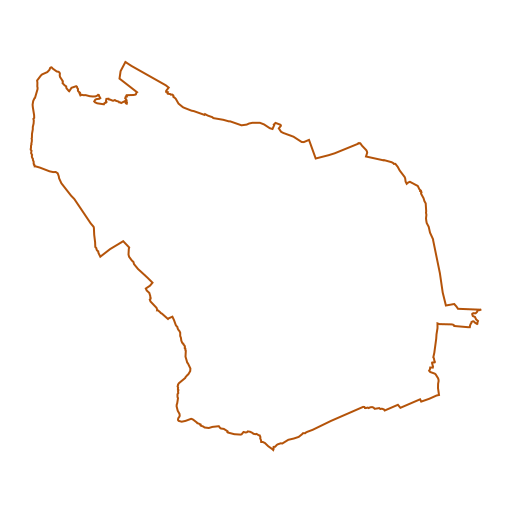 Mironeasa, Iasi, Romania
{"feature_id": "2599482B12728862677042", "entity_name": "Mironeasa", "entity_type": "district", "adm_level": 2, "iso_a3": "ROU", "parent_name": "Romania", "parent_adm1": "Iasi", "projection": "robinson", "projection_center": [27.412, 46.987], "detail": "fine", "context": "isolated", "style": "outline", "palette": "amber", "viewbox_px": 512, "rotation_deg": 0, "n_neighbors": 0, "source": "geoboundaries", "source_scale": "gbopen_adm2", "svg_char_len": 5919}
<svg xmlns="http://www.w3.org/2000/svg" viewBox="0 0 512 512"><path d="M331.0,420.9L363.1,406.9L364.4,407.0L365.0,407.7L365.0,408.0L365.6,408.1L367.8,407.6L368.7,408.1L370.2,407.3L372.1,407.1L373.5,407.6L374.7,408.8L379.3,408.1L380.3,409.0L381.9,408.7L383.9,409.4L384.7,410.5L397.9,404.8L400.4,407.8L420.1,399.3L421.2,401.6L429.2,398.8L436.6,395.5L439.0,395.0L438.0,388.1L438.1,383.8L438.6,381.0L438.5,379.7L438.1,378.3L435.6,374.3L434.7,373.6L430.2,372.0L429.1,370.7L429.9,369.4L430.2,367.5L432.8,367.6L433.0,366.6L432.0,362.9L432.2,362.5L434.6,362.4L434.9,362.0L434.3,360.5L433.9,358.3L433.3,357.3L434.3,352.8L436.2,338.8L436.5,334.4L437.5,328.1L437.5,323.4L439.3,324.1L451.8,324.4L453.3,324.8L454.3,325.6L454.3,326.0L468.1,327.2L469.8,327.2L470.1,325.3L470.7,323.9L471.3,323.1L471.5,322.0L472.9,321.3L473.6,321.3L475.0,322.7L477.1,324.0L477.4,323.8L477.4,322.7L478.0,321.0L476.1,319.4L475.0,317.0L472.8,316.0L472.2,314.2L472.3,313.7L473.3,313.2L475.6,313.3L476.9,312.1L477.7,310.4L479.8,310.1L481.3,309.4L480.4,309.7L458.0,308.8L456.5,306.6L454.2,304.0L445.9,305.5L442.7,292.5L439.9,273.3L433.1,240.1L433.1,239.4L430.0,232.6L428.7,226.8L426.7,223.0L426.3,220.8L426.0,218.4L426.4,214.9L426.0,212.7L426.2,211.3L425.7,203.4L424.4,201.1L423.6,198.3L421.2,193.9L421.0,193.0L421.5,192.4L421.2,191.5L420.1,191.1L420.1,190.6L420.5,190.3L419.4,189.3L417.8,186.0L409.9,181.8L408.2,182.5L406.7,183.8L405.6,181.6L405.2,178.5L404.7,177.1L399.7,170.5L397.7,166.8L395.4,163.9L393.8,163.9L393.4,163.2L391.6,162.2L384.0,160.1L383.8,160.4L366.0,156.5L367.2,152.7L366.9,151.4L366.3,150.2L362.0,145.7L360.3,143.3L359.5,143.4L359.0,143.0L358.1,143.4L358.0,143.8L334.7,153.3L328.6,155.2L315.7,158.5L309.0,139.9L303.8,142.1L301.7,142.0L293.5,136.7L283.4,133.0L281.1,131.8L278.8,128.4L280.9,125.8L280.8,125.2L280.3,124.7L275.5,122.9L273.9,124.5L274.3,124.9L272.5,129.0L269.8,128.2L264.0,124.4L259.9,122.8L252.4,122.8L249.1,123.5L246.7,124.6L241.5,125.3L230.0,121.3L229.0,121.4L223.3,119.8L213.3,118.1L212.4,117.2L207.8,115.6L205.0,114.1L204.5,114.9L193.8,111.1L191.6,110.7L184.2,107.8L182.9,107.2L178.5,103.6L175.7,98.7L174.5,97.6L173.5,97.1L173.3,96.5L173.5,96.1L173.2,95.3L172.0,94.5L170.9,94.7L170.3,94.1L167.7,93.7L167.4,93.1L167.8,92.2L166.1,91.8L166.2,90.8L168.7,87.6L165.8,85.3L131.4,65.9L125.4,62.0L120.6,71.1L119.5,78.6L137.0,92.2L136.4,92.7L135.9,94.3L135.5,94.6L133.5,95.0L126.6,95.2L126.3,95.7L126.8,96.6L125.6,97.0L125.2,98.3L126.3,99.5L126.1,100.2L126.6,100.8L126.4,101.1L127.0,102.7L126.7,103.7L125.9,103.3L124.7,101.2L121.2,103.0L120.0,102.3L119.2,102.4L118.6,101.6L115.9,100.8L115.2,100.2L114.6,100.1L113.5,100.7L112.7,100.7L110.1,99.6L109.0,99.5L108.6,98.7L106.4,98.9L105.9,101.2L106.4,101.6L106.5,102.1L105.7,102.8L104.5,103.1L103.9,104.3L97.2,103.3L95.0,102.3L94.2,101.4L95.3,99.7L96.5,99.1L99.3,98.8L100.3,98.1L99.0,95.9L98.9,95.1L98.1,94.8L97.3,95.6L95.5,96.4L92.8,96.5L89.7,96.2L85.6,95.1L83.7,95.2L81.8,94.8L80.4,95.4L79.5,93.3L80.1,93.0L79.9,92.6L78.3,91.4L77.9,90.6L78.0,89.0L77.4,88.3L76.9,86.7L76.2,86.2L71.5,87.8L69.2,91.3L69.0,91.2L66.6,88.4L66.3,87.8L66.2,86.4L64.6,85.3L62.6,83.2L62.8,82.6L62.6,81.5L62.8,81.2L60.0,76.9L59.7,75.2L59.9,73.7L59.5,72.6L58.6,71.8L56.8,71.5L56.2,71.1L52.6,68.5L51.9,67.6L51.2,67.3L50.2,67.9L49.4,69.9L47.3,72.1L42.1,74.4L40.9,75.5L37.1,80.5L37.4,82.6L37.3,86.5L37.6,87.9L37.5,89.3L35.0,97.9L34.5,98.2L33.2,101.0L32.6,104.6L32.8,107.0L34.1,115.1L34.2,117.9L33.4,118.9L33.8,120.6L33.6,123.5L32.8,127.0L32.8,129.3L32.0,133.8L31.9,137.9L31.6,138.5L31.9,139.7L31.8,141.4L31.3,143.9L31.5,144.2L31.0,145.8L31.0,148.0L30.8,148.3L30.7,149.7L31.5,150.7L31.1,153.1L32.1,155.0L31.8,156.0L32.1,157.6L32.9,158.8L32.9,159.9L33.7,161.9L33.6,163.3L33.8,164.1L34.2,164.4L34.0,164.9L34.7,165.7L34.7,166.4L35.7,166.4L39.9,167.6L49.5,171.3L53.2,172.1L55.7,172.0L57.7,173.3L58.8,176.4L59.1,178.3L61.4,183.3L71.1,195.7L74.3,199.0L90.7,223.4L93.6,226.8L93.9,228.0L94.2,234.8L95.1,242.2L95.3,247.0L96.3,248.1L96.6,249.6L97.1,250.5L98.2,251.3L98.4,252.8L100.3,256.7L110.1,249.1L123.2,241.2L129.2,247.5L128.8,249.0L128.5,254.5L129.1,256.8L131.9,260.6L133.4,261.9L134.0,264.1L138.0,269.0L147.6,277.8L152.5,282.7L150.0,285.7L145.8,288.5L146.7,290.5L149.3,292.9L150.3,296.2L150.3,297.3L150.7,298.0L150.4,298.3L150.4,299.1L149.8,299.6L150.5,301.5L156.5,307.8L157.3,310.0L157.2,310.3L157.8,310.3L159.7,311.8L161.0,313.2L161.9,313.6L168.0,319.0L168.7,318.3L172.4,316.7L174.0,320.1L175.8,325.1L176.5,326.1L177.3,326.8L177.7,328.5L178.3,329.7L179.5,331.2L180.2,332.7L180.2,336.0L180.9,337.7L181.3,340.6L182.1,342.6L182.6,343.3L183.3,343.6L183.4,344.4L184.6,345.7L184.9,346.5L184.7,347.1L185.0,347.8L184.8,348.2L185.5,349.0L185.3,349.9L185.8,350.7L185.5,356.7L186.6,360.4L187.2,362.6L187.9,363.3L190.4,368.5L190.2,371.1L188.2,374.5L187.7,374.7L185.5,377.2L185.2,378.0L178.9,383.2L178.0,384.6L178.1,385.1L177.8,385.6L177.6,386.6L178.1,387.4L177.9,389.0L178.3,389.8L178.0,390.1L178.3,390.6L178.0,391.8L178.3,393.0L177.5,394.2L177.5,397.0L178.0,398.1L177.9,398.8L177.2,403.3L176.7,404.7L176.6,406.3L177.7,410.7L179.5,413.9L179.7,415.6L179.5,416.5L178.3,418.2L178.0,419.6L178.1,420.2L178.7,420.9L181.7,421.7L185.5,420.9L190.9,418.9L191.6,418.9L193.1,419.6L197.1,422.7L197.3,423.2L198.5,423.5L200.6,424.5L200.4,425.2L200.7,425.6L203.2,426.5L204.6,427.5L208.8,428.0L212.4,426.9L218.8,426.2L219.9,427.7L220.9,428.5L223.8,428.9L227.6,431.3L227.7,431.6L227.4,432.1L227.8,432.5L234.3,434.2L240.7,434.6L241.6,434.3L243.5,432.0L245.8,432.5L247.0,432.2L247.8,431.4L250.2,431.8L252.6,433.0L253.4,433.8L255.6,434.2L256.5,433.9L258.8,435.3L259.7,435.4L260.4,437.1L260.2,438.3L261.0,440.2L261.2,442.0L262.8,442.0L264.9,443.0L268.2,446.2L272.4,449.2L273.2,450.0L273.6,449.0L273.5,447.6L273.6,446.9L275.2,446.7L276.7,445.0L277.6,444.4L280.7,443.3L282.3,443.5L288.3,439.8L293.9,438.5L298.7,436.9L302.0,434.3L303.0,433.2L305.2,433.2L305.9,432.5L307.1,431.9L312.7,429.8L331.0,420.9Z" fill="none" stroke="#b45309" stroke-width="2"/></svg>